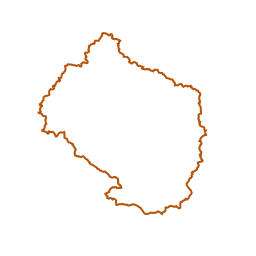 Aluminé, Neuquén, Argentina (Albers equal-area conic projection), rotated 121°
{"feature_id": "61730980B74102790629524", "entity_name": "Aluminé", "entity_type": "district", "adm_level": 2, "iso_a3": "ARG", "parent_name": "Argentina", "parent_adm1": "Neuquén", "projection": "albers", "projection_center": [-71.146, -39.13], "detail": "fine", "context": "isolated", "style": "outline", "palette": "amber", "viewbox_px": 256, "rotation_deg": 121, "n_neighbors": 0, "source": "geoboundaries", "source_scale": "gbopen_adm2", "svg_char_len": 5790}
<svg xmlns="http://www.w3.org/2000/svg" viewBox="0 0 256 256"><g transform="rotate(121 128 128)"><path d="M196.1,113.6L196.8,112.3L197.2,110.3L198.6,110.0L198.4,108.9L198.6,108.3L196.9,106.8L196.9,105.5L197.2,104.5L196.4,104.4L195.9,103.9L195.8,102.0L196.4,100.7L198.0,100.1L199.0,98.9L199.9,98.3L199.0,97.1L198.0,96.5L196.8,94.4L196.1,94.1L195.8,93.5L195.7,92.0L194.7,90.4L194.8,89.7L194.2,89.2L194.3,87.9L194.0,87.0L192.7,86.5L191.7,85.1L190.9,84.6L190.4,83.5L189.9,80.7L190.1,77.1L189.9,76.3L191.9,71.7L192.5,70.7L192.7,69.5L192.3,68.0L190.5,65.9L189.1,65.3L187.2,61.7L185.6,60.1L184.4,59.7L183.8,58.8L184.0,58.0L183.8,57.4L183.8,56.1L184.2,55.5L184.2,54.6L183.1,54.9L180.2,53.3L179.4,53.4L177.0,54.8L176.5,54.6L175.8,52.9L173.5,52.0L172.6,51.1L171.7,47.6L170.1,46.4L170.5,45.8L170.4,44.3L170.7,43.3L170.2,42.4L168.9,42.3L166.2,44.2L164.1,44.7L163.5,43.6L161.7,43.3L160.9,42.4L158.9,42.1L159.3,41.2L158.9,40.5L156.8,39.9L154.6,40.3L151.9,39.8L151.2,39.9L150.7,40.1L149.3,41.6L148.0,45.7L147.2,47.3L146.4,48.5L145.5,49.1L141.5,48.6L140.8,49.0L139.2,49.0L138.8,49.0L138.3,48.3L136.7,48.2L135.9,49.2L134.2,48.9L134.0,49.6L133.3,50.4L132.0,49.9L131.9,49.3L127.9,47.5L127.0,48.2L124.7,47.7L123.4,48.2L123.0,49.1L121.7,50.3L121.2,49.7L120.5,49.6L119.6,48.3L118.3,47.2L117.8,47.1L117.1,47.8L117.1,49.0L116.0,49.8L115.5,50.6L115.6,51.1L115.2,51.5L114.3,51.3L113.8,51.6L114.1,52.3L113.8,52.8L113.2,52.5L112.9,51.9L111.0,52.7L109.7,55.5L108.9,56.0L108.4,56.7L105.6,57.0L105.2,57.3L104.2,56.8L103.3,57.1L102.3,58.6L102.4,60.0L101.3,59.6L100.0,60.4L97.8,60.2L94.9,58.9L94.2,58.4L94.0,57.5L93.6,57.4L93.0,58.7L91.7,59.7L91.3,60.4L90.1,60.1L90.3,60.7L90.1,61.6L88.5,62.7L88.3,63.3L88.6,65.6L89.1,66.7L88.7,67.4L88.5,68.3L87.5,68.5L86.9,69.5L86.2,69.2L85.5,69.3L85.4,70.7L84.4,71.4L83.8,72.6L81.9,73.0L81.4,73.7L80.5,74.1L79.6,74.2L78.3,72.9L76.5,73.6L76.3,74.1L72.8,76.3L70.5,79.9L69.6,79.5L69.4,80.2L68.7,79.9L67.7,80.1L67.5,80.8L66.5,82.0L64.7,82.6L64.1,83.3L62.2,83.1L60.8,84.7L60.9,85.7L60.0,87.4L60.5,88.4L60.2,89.6L60.2,91.0L60.9,91.9L60.8,92.6L61.1,92.9L60.7,93.8L60.7,94.9L59.6,95.1L59.5,95.9L61.7,98.3L61.5,99.5L62.1,100.4L64.2,101.7L63.8,103.4L63.0,104.1L62.9,105.4L66.2,107.8L66.9,109.6L67.2,109.8L66.2,110.2L65.3,111.1L65.0,111.8L65.1,112.4L64.5,112.8L63.6,114.9L64.5,116.9L64.6,118.7L65.3,120.6L65.2,121.2L64.4,122.3L64.1,123.8L63.5,124.8L64.0,125.8L63.2,126.9L64.7,130.0L63.0,132.5L63.4,132.9L63.3,133.6L64.1,134.4L64.4,135.3L66.4,135.5L66.5,137.1L67.1,137.9L66.6,140.0L67.5,140.6L67.3,141.6L67.9,142.5L69.0,143.4L69.2,144.6L69.8,145.4L69.7,146.7L68.0,146.4L68.7,150.4L69.6,151.1L69.2,152.6L68.7,153.3L67.9,153.8L68.2,154.4L68.0,155.7L68.5,157.1L70.8,157.9L71.0,160.7L70.8,161.2L69.7,161.1L68.8,161.6L67.9,163.6L67.5,165.3L69.1,168.4L67.5,169.6L67.3,170.5L67.6,173.4L66.6,175.4L66.2,175.9L64.9,175.9L64.4,177.3L63.5,177.8L62.8,178.8L62.0,178.6L61.1,180.1L59.9,179.4L58.6,180.1L57.3,179.6L57.1,181.1L57.6,182.7L57.6,183.8L58.3,185.0L59.0,185.3L59.3,186.8L59.1,188.1L58.0,188.1L57.6,188.8L56.7,189.0L56.1,190.4L56.6,191.3L58.1,191.3L58.4,191.8L58.5,193.6L58.2,193.9L58.2,195.0L58.5,195.3L58.5,196.2L58.9,197.0L59.2,197.3L59.2,197.8L59.6,198.0L59.8,198.5L60.6,198.7L62.3,197.8L62.7,198.0L68.4,198.1L70.0,201.1L70.8,201.2L72.4,200.3L73.0,200.2L73.4,200.5L73.7,201.6L74.7,202.0L75.1,202.5L76.6,202.9L77.9,203.8L78.9,202.9L81.4,202.3L81.9,201.2L82.8,200.8L84.4,201.6L85.3,203.3L86.1,203.4L88.3,201.0L88.5,200.2L89.5,200.6L90.8,200.0L91.2,199.3L91.2,197.8L92.0,196.7L92.6,196.3L93.5,196.6L94.2,198.2L94.2,199.4L94.9,200.2L95.8,200.4L96.9,201.1L98.8,199.8L99.7,200.2L99.9,200.9L99.4,202.4L99.5,202.8L101.3,204.0L101.5,204.6L101.4,205.2L102.4,207.4L102.6,208.9L103.5,210.4L104.2,212.1L104.6,212.5L105.2,212.3L106.2,212.6L106.7,213.6L107.0,213.8L107.4,213.8L109.5,211.9L111.8,211.3L113.4,211.7L114.2,211.6L115.5,212.5L119.0,211.2L120.4,211.7L120.6,213.1L121.7,212.6L122.1,212.2L122.2,210.7L122.4,210.6L123.5,211.0L123.8,211.9L125.0,212.9L129.9,212.4L130.4,213.0L130.2,213.3L129.7,213.3L130.2,213.8L130.9,213.8L131.4,213.4L132.0,211.8L133.0,211.8L134.2,213.1L134.5,214.3L135.3,214.7L137.5,214.3L140.2,212.5L142.3,214.1L142.9,215.2L145.1,216.2L147.5,214.9L148.7,215.2L150.8,215.0L153.0,215.9L153.6,215.5L152.9,214.1L153.1,213.2L153.7,212.9L154.9,213.5L156.0,213.6L157.3,212.7L157.8,212.8L159.0,211.2L159.8,211.2L160.8,212.5L161.0,212.1L160.9,211.4L160.3,210.2L160.6,208.7L161.2,207.9L161.3,206.9L160.4,204.8L160.9,204.0L161.9,203.3L163.5,203.1L166.2,200.9L166.5,200.1L169.1,200.6L170.2,199.7L172.3,199.4L173.9,200.4L174.6,200.1L173.5,196.1L173.6,195.3L174.2,194.4L174.1,193.9L173.4,193.2L172.9,193.3L172.5,193.9L171.6,194.0L171.1,191.8L170.4,190.9L170.0,189.8L170.9,187.5L172.4,185.6L172.4,185.2L171.6,184.8L167.8,184.5L166.3,183.2L165.4,181.5L164.3,180.5L167.4,178.4L169.0,177.6L169.0,176.1L168.6,175.1L170.2,173.0L170.9,171.5L170.4,170.5L170.3,168.2L170.7,167.5L170.2,167.2L170.2,166.8L170.8,166.4L171.2,165.5L171.9,165.1L172.5,163.0L173.4,161.7L174.5,161.8L175.4,161.2L176.6,161.1L178.8,159.3L178.4,158.3L178.5,157.2L177.9,156.4L178.1,155.8L177.5,155.3L177.3,153.9L176.7,153.0L175.4,152.0L175.3,151.5L175.3,150.9L176.3,148.3L176.0,146.4L176.6,145.7L177.0,144.1L177.4,143.8L177.1,143.3L177.9,142.7L178.3,141.0L177.8,139.8L178.0,138.2L178.0,134.1L178.7,133.5L178.3,131.7L178.9,129.9L178.4,129.0L178.5,127.2L177.3,125.4L177.3,124.0L177.7,123.3L177.5,122.2L178.5,119.3L179.0,118.8L179.0,117.1L178.5,115.8L176.6,114.1L176.5,113.7L176.8,112.7L176.6,110.7L178.4,109.4L178.5,108.9L179.5,108.7L180.7,107.8L180.6,107.4L181.2,105.9L181.0,105.5L181.2,104.6L182.5,103.0L183.6,103.8L183.7,105.1L184.5,105.6L185.3,106.7L184.9,107.8L185.4,108.8L185.9,109.0L186.6,110.6L189.3,111.8L191.2,111.7L192.5,111.2L193.7,112.2L194.5,112.3L195.2,113.1L196.1,113.6Z" fill="none" stroke="#b45309" stroke-width="2"/></g></svg>